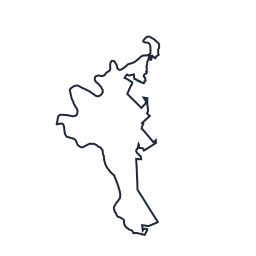 outline of Horia, Neamt, Romania, rotated 207°
{"feature_id": "2599482B76936506644136", "entity_name": "Horia", "entity_type": "district", "adm_level": 2, "iso_a3": "ROU", "parent_name": "Romania", "parent_adm1": "Neamt", "projection": "albers", "projection_center": [26.909, 46.892], "detail": "fine", "context": "isolated", "style": "outline", "palette": "slate", "viewbox_px": 256, "rotation_deg": 207, "n_neighbors": 0, "source": "geoboundaries", "source_scale": "gbopen_adm2", "svg_char_len": 5656}
<svg xmlns="http://www.w3.org/2000/svg" viewBox="0 0 256 256"><g transform="rotate(207 128 128)"><path d="M195.3,133.2L192.2,129.4L191.1,128.3L188.6,126.5L187.5,125.1L186.0,124.2L182.2,121.8L180.7,120.4L179.7,117.3L180.2,115.1L182.3,113.5L184.0,113.0L188.0,111.9L193.8,109.4L194.6,108.7L195.1,108.1L195.3,107.0L195.4,106.0L194.8,104.4L194.2,102.2L194.0,101.9L193.9,101.5L193.5,99.7L193.2,98.9L192.9,99.0L189.8,101.6L188.0,102.0L186.8,101.3L185.8,100.4L182.8,95.8L180.8,93.6L179.5,92.8L178.7,92.4L171.0,93.9L169.4,93.4L166.8,91.5L165.5,90.2L163.5,89.7L161.4,89.6L159.9,89.9L155.1,96.5L150.9,98.5L147.9,98.4L146.0,97.9L143.6,98.1L140.5,96.6L138.7,93.7L136.6,91.7L134.6,88.6L131.9,85.6L129.5,83.7L127.0,82.4L123.7,80.8L121.3,80.1L118.8,79.5L112.2,73.6L106.9,68.2L104.5,65.0L103.3,61.7L104.4,55.5L104.6,51.6L104.4,50.8L104.2,50.3L104.0,49.8L103.6,49.3L103.2,48.9L102.7,48.3L101.5,47.3L100.6,46.8L100.2,46.7L99.5,46.1L98.5,45.1L97.0,44.4L95.4,44.6L93.4,44.7L91.4,44.5L89.8,44.0L89.2,43.3L88.8,42.3L87.7,40.6L86.2,39.5L84.5,38.7L84.0,38.6L81.4,38.2L80.9,38.1L80.4,38.2L79.8,38.3L79.2,38.4L78.2,38.4L77.6,38.3L76.9,37.9L76.6,37.8L75.8,37.1L75.4,36.8L74.3,37.5L73.0,38.2L72.4,38.5L71.2,38.7L70.3,39.0L64.6,40.3L64.6,43.9L64.6,45.7L64.6,45.9L64.9,46.4L65.3,46.7L65.8,46.5L67.0,46.0L67.5,45.7L68.0,45.3L68.0,45.2L68.1,44.7L68.2,43.9L68.3,43.4L69.2,44.8L69.9,45.8L71.3,47.8L65.4,49.9L65.1,50.1L64.9,50.2L64.6,50.5L64.0,51.3L59.7,56.4L59.3,56.9L58.8,57.8L73.6,66.6L81.8,71.6L91.6,77.4L95.2,84.1L95.6,84.7L96.1,85.6L97.2,87.5L97.3,87.8L100.1,92.7L100.7,93.9L104.5,100.4L105.5,102.1L105.6,102.4L106.3,103.4L106.7,104.2L102.7,105.8L102.1,106.1L102.7,107.1L103.1,107.5L104.2,108.8L104.3,108.8L104.9,108.7L105.3,108.8L105.5,108.8L105.9,109.2L106.3,109.3L107.6,109.6L108.6,109.9L108.9,110.0L109.5,110.5L110.0,110.9L110.4,111.4L110.5,111.6L110.5,112.2L110.5,112.5L110.5,112.9L110.4,113.2L110.4,113.8L110.3,114.3L110.3,114.6L110.6,115.8L110.8,116.6L110.9,116.9L111.3,118.5L111.0,118.3L110.9,118.2L110.8,117.7L110.3,117.4L110.3,117.2L110.2,117.0L110.1,116.8L110.3,116.6L109.9,115.8L109.6,115.7L109.6,115.2L109.6,114.9L109.6,114.5L109.6,114.3L109.5,114.5L109.3,114.8L108.8,115.4L107.7,115.9L107.2,116.0L106.7,116.3L106.4,116.4L106.0,116.4L105.7,116.5L104.9,116.4L104.6,116.2L104.3,115.8L103.8,115.1L103.6,115.1L101.0,119.3L98.4,123.8L96.5,127.0L96.3,127.6L96.6,127.8L97.0,127.9L97.4,127.7L97.6,127.8L97.6,128.0L97.2,128.7L97.2,128.9L97.5,129.2L97.7,129.3L97.8,129.5L97.9,129.2L98.2,128.6L99.1,126.9L101.2,127.8L102.3,128.3L104.6,129.3L114.6,133.5L114.9,133.6L115.1,133.6L115.5,133.5L116.0,135.3L116.1,136.1L116.2,136.6L116.3,137.9L116.2,138.6L117.7,138.8L115.7,144.2L114.1,148.5L114.3,148.5L117.8,149.8L117.8,150.4L117.8,151.6L117.9,152.3L118.1,152.9L118.6,153.4L119.3,154.6L121.0,157.1L122.3,159.3L123.1,160.9L124.2,163.3L127.9,162.2L127.0,161.6L125.7,161.0L125.1,160.8L124.8,160.5L124.4,160.2L124.2,159.8L124.0,159.2L123.6,158.6L123.3,158.2L124.5,154.4L124.9,152.8L125.2,152.0L134.8,155.1L137.7,156.0L139.0,156.4L144.1,158.1L144.3,160.5L144.3,161.2L144.5,163.0L144.5,164.8L144.6,165.6L144.7,166.5L144.7,167.1L144.6,167.3L144.6,167.5L144.4,167.9L144.4,168.1L144.4,168.9L144.4,169.2L144.7,170.2L145.1,170.6L150.7,171.2L152.1,171.2L153.7,171.1L153.6,171.5L153.8,172.2L153.8,172.4L153.6,173.0L153.4,174.2L153.3,175.1L152.5,175.1L152.0,175.1L151.5,175.2L150.7,175.3L150.6,175.6L149.8,176.1L148.8,176.9L148.3,177.3L148.0,177.6L147.8,177.8L147.5,178.0L147.2,178.4L146.8,177.8L146.5,177.4L146.2,177.0L146.1,176.6L145.8,176.1L145.3,175.5L145.0,175.4L144.8,175.1L144.6,174.7L143.1,174.7L142.9,174.8L142.9,175.0L142.5,175.0L142.0,174.8L141.6,174.8L141.2,174.5L140.5,174.5L140.4,174.9L139.8,174.9L138.5,175.0L138.4,174.6L137.7,174.6L137.5,174.8L136.9,174.7L135.3,174.8L134.9,174.9L134.3,175.1L134.3,176.7L134.3,176.9L134.4,177.0L134.1,177.4L134.1,177.5L134.1,177.8L133.8,178.1L133.9,178.3L134.1,178.3L134.3,178.4L134.4,178.6L134.5,179.0L134.7,179.3L134.8,179.4L135.0,179.8L135.9,180.7L136.5,180.9L137.0,180.9L137.3,181.0L137.5,181.3L137.7,182.0L137.8,182.5L137.7,182.7L137.7,183.2L137.4,184.1L137.2,184.3L136.5,184.6L136.4,185.5L136.4,185.9L136.5,186.2L136.5,186.5L136.8,186.5L136.9,186.8L137.1,186.9L137.2,186.7L137.4,186.7L137.4,187.2L137.7,188.0L137.9,188.9L138.3,189.7L139.0,190.6L139.3,190.9L139.5,192.1L139.8,192.4L139.9,192.7L139.9,193.3L139.9,193.6L140.0,193.8L140.3,194.2L140.9,196.1L140.9,196.5L140.9,196.8L140.9,197.3L140.9,198.3L142.1,202.3L140.7,202.7L140.2,201.3L140.1,201.0L139.5,199.0L138.4,199.3L138.5,200.0L138.9,203.3L137.3,202.9L135.4,202.5L135.3,203.0L135.4,203.4L135.4,204.3L135.1,204.9L134.9,205.2L134.8,205.5L133.9,207.1L135.1,208.5L136.7,211.4L136.7,213.6L137.7,215.6L139.1,217.3L145.6,219.0L148.1,219.0L149.8,219.2L151.3,218.8L152.7,217.6L153.7,214.6L154.1,212.8L153.5,212.0L152.7,211.9L151.9,212.0L150.1,212.5L149.0,213.1L146.9,212.6L145.2,211.0L143.5,208.0L142.0,204.7L142.3,203.5L142.5,202.9L143.1,202.3L144.0,201.4L145.3,200.6L147.3,199.5L148.4,198.3L149.4,196.1L150.6,192.9L152.0,189.8L154.6,187.0L156.8,184.9L157.7,182.8L157.9,181.7L160.7,176.7L162.4,175.8L164.6,176.3L166.0,178.4L168.8,180.3L170.8,181.3L172.8,180.6L173.3,179.1L172.9,177.0L172.0,175.0L170.7,172.9L170.3,171.2L171.3,169.3L172.5,167.4L172.8,164.7L174.0,162.9L175.4,162.3L176.4,161.9L177.8,161.6L178.7,160.9L179.9,159.8L180.5,158.3L180.1,157.0L179.1,155.4L177.3,154.5L174.6,153.9L170.7,152.4L167.6,150.1L166.7,148.1L167.0,145.5L168.0,143.7L169.5,142.4L171.3,142.1L175.6,142.7L179.4,143.2L182.7,143.2L187.6,142.9L190.8,143.1L192.4,143.0L194.7,141.2L195.9,139.5L196.9,137.5L197.0,137.0L197.0,136.4L197.2,135.6L196.6,134.6L195.3,133.2Z" fill="none" stroke="#1e293b" stroke-width="2"/></g></svg>